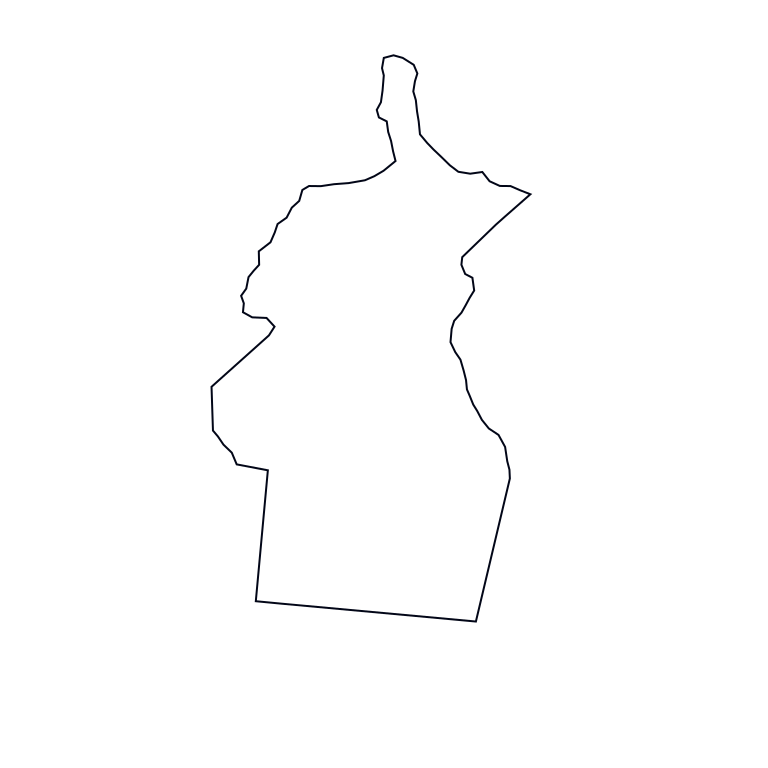 outline of Cravolândia, Bahia, Brazil, rotated 226°
{"feature_id": "56859067B17277880665383", "entity_name": "Cravolândia", "entity_type": "district", "adm_level": 2, "iso_a3": "BRA", "parent_name": "Brazil", "parent_adm1": "Bahia", "projection": "mercator", "projection_center": [-39.753, -13.429], "detail": "fine", "context": "isolated", "style": "outline", "palette": "ink", "viewbox_px": 768, "rotation_deg": 226, "n_neighbors": 0, "source": "geoboundaries", "source_scale": "gbopen_adm2", "svg_char_len": 1354}
<svg xmlns="http://www.w3.org/2000/svg" viewBox="0 0 768 768"><g transform="rotate(226 384 384)"><path d="M469.3,228.6L461.7,228.1L451.9,226.4L440.3,226.8L428.5,222.2L402.6,240.5L316.8,140.9L297.5,157.4L149.3,285.1L228.6,408.9L235.2,414.7L242.8,419.0L254.6,427.4L267.8,431.0L279.2,428.5L290.2,429.5L299.8,432.3L307.2,433.9L315.6,437.3L322.5,439.9L329.8,445.7L338.3,450.6L348.4,455.9L357.4,457.4L367.9,460.9L376.7,471.0L380.7,478.4L381.5,489.3L384.0,497.7L386.5,505.5L388.6,513.8L399.0,521.4L406.7,518.8L416.0,522.5L420.9,528.4L420.9,575.1L420.4,587.4L418.8,621.1L428.6,616.6L438.5,612.5L446.0,604.9L456.5,600.8L468.2,602.0L475.4,592.1L485.0,584.9L495.6,583.3L506.6,583.0L518.3,582.5L527.3,582.5L538.6,583.3L548.7,591.3L557.1,597.1L566.1,604.1L574.1,608.3L580.3,616.6L584.2,623.7L592.9,627.1L605.6,624.0L613.8,619.2L618.7,610.4L612.6,602.0L606.1,598.2L596.0,586.7L588.8,577.5L586.2,569.2L579.3,565.5L571.0,568.4L562.4,562.1L553.9,557.9L545.1,552.2L536.4,547.2L537.7,531.8L540.2,521.4L543.8,511.8L553.1,498.1L562.4,486.9L570.2,476.0L578.5,467.6L580.3,460.1L574.6,450.2L574.9,440.2L571.3,429.5L573.0,418.6L568.9,410.7L564.8,400.8L566.4,386.1L556.5,377.0L556.0,369.0L555.0,360.8L548.3,351.2L546.7,342.5L539.4,339.2L533.6,332.4L523.5,335.5L513.1,345.4L501.3,345.1L498.9,335.0L501.8,258.0L469.3,228.6Z" fill="none" stroke="#020617" stroke-width="2"/></g></svg>